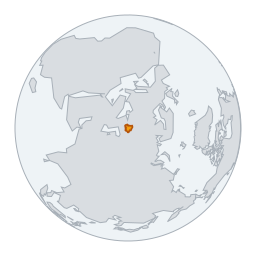 globe centered on Volgograd, rotated 117°
{"feature_id": "RUS-2369", "entity_name": "Volgograd", "entity_type": "Region", "adm_level": 1, "iso_a3": "RUS", "parent_name": "Russia", "parent_adm1": "", "projection": "orthographic", "projection_center": [44.238, 49.343], "detail": "fine", "context": "on_globe", "style": "filled", "palette": "amber", "viewbox_px": 256, "rotation_deg": 117, "n_neighbors": 0, "source": "natural_earth", "source_scale": "10m", "svg_char_len": 12087}
<svg xmlns="http://www.w3.org/2000/svg" viewBox="0 0 256 256"><g transform="rotate(117 128 128)"><circle cx="128" cy="128" r="113" fill="#eef3f6" stroke="#a8b0b8"/><path d="M110.8,16.7L111.1,16.6L113.6,17.4L110.5,17.6L111.5,18.0L115.4,17.8L117.7,17.7L126.3,20.6L138.8,23.1L143.9,22.9L141.9,24.0L152.3,23.1L159.8,24.8L150.6,23.6L149.1,24.0L153.9,25.4L153.4,26.3L155.4,27.5L154.4,28.5L149.1,27.9L148.3,28.6L151.7,29.6L152.8,31.4L147.9,29.8L149.4,32.8L140.8,32.9L128.5,28.8L123.0,30.5L108.4,30.9L109.0,32.1L103.9,33.3L102.6,35.1L100.3,34.9L101.3,36.6L103.7,36.5L105.0,37.2L104.5,38.4L101.4,38.2L101.2,37.6L100.0,38.2L98.7,37.6L99.0,38.6L95.4,38.4L98.2,40.3L94.6,41.6L92.4,41.0L93.7,38.8L91.7,32.8L89.8,31.9L85.9,32.7L76.3,38.7L73.8,38.9L69.6,40.7L70.5,41.6L74.0,40.4L74.6,42.7L78.9,41.3L79.8,42.1L83.8,41.8L82.0,44.3L78.1,47.1L74.7,47.5L72.9,48.8L75.2,50.6L68.0,53.8L61.7,60.3L59.9,61.0L58.2,58.1L60.6,52.3L58.3,49.5L58.6,54.0L54.2,56.0L53.0,57.6L52.5,59.2L53.7,59.5L52.0,60.9L51.1,56.7L52.7,55.3L52.9,56.6L54.0,54.0L53.4,51.6L51.2,53.1L52.5,48.6L51.0,49.6L50.5,49.4L52.8,47.9L48.6,50.6L49.8,47.3L44.9,52.0L45.9,50.8L51.0,45.8L54.3,42.9L56.6,40.9L63.4,35.7L70.6,31.1L78.2,27.0L86.0,23.5L94.1,20.6L102.3,18.3L110.8,16.7ZM15.6,134.9L16.1,140.3L17.8,150.5L18.7,155.1L16.7,145.0L15.6,134.9ZM42.6,54.6L43.9,53.1L42.8,54.4L42.6,54.6ZM118.8,17.6L115.5,17.8L112.2,17.7L115.0,17.4L118.8,17.6ZM125.1,18.4L123.4,18.6L122.5,17.8L123.7,17.9L125.1,18.4ZM147.6,22.6L145.0,22.1L147.7,22.4L147.6,22.6ZM155.8,27.6L156.7,27.5L157.4,28.2L155.8,27.6ZM84.5,40.4L84.1,41.1L83.6,40.8L84.5,40.4ZM86.6,39.7L86.2,38.9L87.1,38.5L87.3,39.0L86.6,39.7ZM156.4,30.3L157.2,31.6L155.5,30.2L156.4,30.3ZM86.8,40.9L88.8,37.8L90.4,37.1L92.6,38.5L86.8,40.9ZM157.1,32.3L159.1,35.6L161.2,35.6L156.2,37.5L156.2,34.0L153.7,32.2L156.0,32.8L157.1,32.3ZM104.7,36.0L102.1,36.1L104.7,35.0L104.7,36.0ZM106.0,35.1L112.3,30.8L115.8,31.3L113.0,32.5L118.0,32.4L116.6,34.7L113.6,35.3L111.6,34.5L112.6,36.0L106.0,35.1ZM153.1,38.2L152.8,39.0L152.1,38.0L153.1,38.2ZM105.7,37.5L106.6,36.5L109.8,36.8L108.4,38.8L107.8,38.0L105.7,37.5ZM119.9,31.4L122.0,32.1L121.5,34.1L122.3,34.6L116.9,34.8L119.9,31.4ZM106.9,38.6L107.7,39.8L105.8,40.8L105.0,38.4L106.9,38.6ZM111.1,36.1L112.5,36.3L111.3,36.8L111.1,36.1ZM99.3,45.1L100.4,43.8L102.1,43.8L99.3,45.1ZM108.1,40.3L108.8,40.0L109.6,39.9L109.7,40.9L108.1,40.3ZM116.9,36.3L116.3,37.1L119.1,36.3L118.8,37.9L115.3,37.8L116.7,38.5L116.6,39.0L113.9,38.4L116.9,36.3ZM112.2,41.7L107.7,42.3L105.3,44.7L103.7,44.7L107.8,40.9L112.2,41.7ZM113.4,39.8L112.3,41.0L110.9,40.3L110.8,39.1L113.4,39.8ZM119.9,39.1L121.2,36.6L122.0,36.8L119.9,39.1ZM111.8,42.5L113.0,42.3L111.8,42.7L111.8,42.5ZM117.8,40.2L118.1,39.3L118.9,39.5L117.8,40.2ZM114.9,42.8L113.4,43.0L113.3,42.2L114.9,42.8ZM116.4,41.7L117.5,42.2L114.1,41.8L116.5,41.3L116.4,41.7ZM118.5,40.5L119.1,40.3L118.2,40.9L118.5,40.5ZM116.2,46.0L112.0,45.7L111.7,43.8L115.9,44.3L116.2,46.0ZM35.3,166.7L31.9,148.3L34.9,145.3L36.4,138.8L57.8,129.5L61.3,133.9L77.0,139.3L78.8,141.2L75.8,146.1L86.7,157.8L91.5,154.4L102.4,161.1L110.5,162.3L115.3,152.1L102.2,149.9L101.0,144.1L112.4,141.2L124.1,143.2L124.0,141.1L117.6,135.5L121.2,131.9L115.5,133.3L117.1,135.7L113.5,136.8L111.8,134.6L113.2,133.3L109.9,131.8L104.4,138.7L105.4,141.9L96.3,141.2L97.2,146.7L94.4,148.3L91.9,139.8L92.9,137.1L87.4,126.5L85.6,129.2L90.6,139.5L88.6,138.1L86.1,142.2L86.4,138.1L81.4,126.5L73.9,124.9L62.6,131.4L58.5,129.7L55.9,125.0L61.7,115.0L70.1,120.0L72.3,116.8L72.0,110.0L74.6,112.2L75.5,110.2L78.8,111.8L84.9,108.9L88.5,110.0L92.3,104.1L94.7,103.9L91.8,107.4L91.7,110.6L100.7,113.5L102.9,112.7L104.6,108.6L106.9,110.1L107.4,105.9L113.3,105.6L106.5,102.5L108.4,98.1L112.7,95.5L112.1,93.5L105.1,97.8L103.4,100.1L103.9,102.9L98.2,109.0L94.7,109.1L96.1,100.8L91.4,100.2L94.5,94.3L111.5,85.8L117.9,85.0L125.6,92.9L123.3,95.5L119.4,93.9L121.8,99.5L122.2,97.1L124.1,98.4L126.3,94.8L127.8,95.6L127.4,90.9L129.5,91.5L129.6,94.4L134.7,90.0L139.3,90.3L139.7,88.9L138.9,87.4L145.3,89.0L145.3,87.9L143.3,86.9L142.0,84.3L142.3,80.3L144.4,81.0L144.6,82.6L148.4,87.1L148.6,91.4L149.5,91.3L149.8,87.8L145.3,82.2L144.8,79.6L147.3,81.9L146.4,80.9L146.9,79.8L149.4,79.6L146.8,77.0L148.8,65.4L153.9,64.0L155.9,67.2L159.6,60.7L165.0,60.1L163.1,59.2L163.6,55.7L161.9,55.8L161.0,55.1L161.5,46.9L163.3,45.8L161.4,41.7L160.4,41.2L158.9,41.8L156.2,37.5L161.2,35.6L163.2,36.6L165.0,34.9L169.3,37.6L173.7,39.3L177.3,43.5L180.5,44.6L180.8,43.9L185.3,45.0L193.5,50.3L185.4,49.3L172.9,43.0L177.8,45.8L176.3,46.2L177.8,47.9L181.3,49.9L182.0,49.4L185.4,59.0L193.0,67.3L193.6,63.6L196.4,63.5L205.6,70.8L214.0,88.7L217.9,89.8L219.8,92.1L220.1,96.1L217.3,92.7L215.4,93.8L213.8,91.5L213.4,97.1L211.0,94.0L211.8,100.1L214.2,101.3L215.5,97.3L217.2,104.2L221.6,105.0L224.9,109.7L226.6,124.4L224.2,132.9L224.6,134.8L222.3,135.3L221.3,141.4L227.4,146.0L227.9,148.6L225.3,158.1L224.9,156.4L218.7,157.6L219.1,164.6L223.8,165.1L225.5,169.1L222.5,170.8L220.6,167.4L218.4,167.7L217.9,162.0L214.0,155.9L210.9,160.6L210.1,157.1L204.2,153.2L199.1,159.5L191.8,174.3L192.5,183.1L189.2,188.6L181.0,179.4L177.9,171.3L174.5,173.5L166.3,168.0L151.1,171.1L149.3,168.8L146.3,170.5L140.6,168.6L138.0,164.6L134.4,165.2L141.5,175.5L145.4,174.9L149.2,170.2L150.4,173.9L156.0,176.3L148.6,186.4L126.6,195.3L125.0,188.6L111.4,167.8L112.2,165.5L112.1,165.3L112.0,164.8L110.1,168.4L108.0,164.0L114.6,179.1L115.4,185.0L126.2,195.7L125.1,196.7L128.7,198.7L141.2,195.7L141.1,197.8L134.9,207.7L118.1,218.8L120.7,225.5L120.2,230.2L110.6,232.2L112.3,235.1L107.5,235.2L107.8,236.4L104.4,236.9L98.4,236.2L87.3,232.8L85.9,231.9L79.3,227.9L69.9,218.0L71.9,215.2L70.6,211.4L62.7,199.0L64.4,194.4L62.4,191.0L58.3,189.4L56.2,185.1L53.7,183.6L39.2,174.6L35.3,166.7ZM49.3,137.7L48.4,139.6L49.3,137.7ZM135.7,150.7L143.1,150.7L140.9,143.8L143.5,143.4L141.8,141.3L140.7,143.4L136.6,137.6L140.1,135.3L139.8,132.2L137.3,132.1L131.4,137.2L137.2,145.4L135.1,148.4L135.7,150.7ZM28.5,75.2L27.4,77.5L28.2,75.7L28.5,75.2ZM30.2,72.1L29.4,73.5L29.6,73.2L30.2,72.1ZM40.8,56.7L40.8,56.8L40.8,56.7ZM41.9,55.5L42.1,55.2L42.9,54.3L41.9,55.5ZM54.3,56.3L54.3,56.7L53.5,58.3L53.2,57.8L54.3,56.3ZM54.1,65.1L51.3,67.2L53.1,65.2L52.1,64.6L54.6,60.0L59.2,61.2L56.7,61.4L54.1,65.1ZM59.2,54.5L57.1,57.1L59.3,54.2L59.2,54.5ZM77.4,98.0L78.0,100.1L76.1,102.0L71.5,101.2L74.3,98.4L77.4,98.0ZM79.4,102.8L82.0,95.1L85.0,95.5L82.9,96.6L84.5,97.6L81.6,99.6L81.9,107.7L80.1,110.0L72.7,106.8L76.1,106.5L75.3,104.3L79.4,102.8ZM83.5,76.8L84.7,74.1L89.5,78.4L87.9,80.5L83.3,79.7L82.5,76.7L83.5,76.8ZM90.4,44.1L90.5,43.2L91.4,43.1L92.0,43.9L90.4,44.1ZM99.7,44.5L90.7,48.4L90.4,47.5L85.5,51.2L82.8,50.2L86.0,47.8L80.3,50.0L82.1,47.4L78.3,49.2L85.9,43.9L87.3,41.8L86.8,44.5L89.2,45.4L90.7,45.2L96.0,43.1L100.3,39.3L103.5,39.9L104.5,41.2L104.0,42.2L102.1,41.5L102.7,43.3L99.6,43.1L99.7,44.5ZM115.1,59.8L113.2,58.1L113.8,62.6L110.7,62.0L111.0,62.6L108.3,63.3L105.5,65.3L104.2,64.7L103.7,65.7L101.9,66.3L100.7,67.6L98.0,67.0L96.4,68.5L96.1,67.4L93.9,70.3L94.3,67.8L92.1,68.5L92.9,70.5L81.5,64.9L76.4,64.8L71.9,66.2L73.2,62.1L78.2,58.4L84.8,55.6L89.5,56.5L89.2,54.6L91.4,54.5L90.7,56.0L93.1,53.6L94.7,54.0L100.5,52.2L103.0,48.8L105.2,48.2L105.0,49.7L107.3,48.0L108.5,50.5L110.1,50.1L112.9,52.4L111.7,55.7L113.5,55.0L115.7,56.8L115.1,59.8ZM116.9,46.7L116.2,50.5L114.1,52.2L110.1,47.7L108.5,47.7L105.9,45.1L109.0,42.8L109.4,43.8L110.6,44.1L109.2,44.7L111.2,44.5L111.9,45.9L113.6,46.1L112.9,47.3L116.9,46.7ZM81.5,139.9L83.0,140.8L85.5,141.5L84.0,144.1L81.5,139.9ZM77.9,132.1L79.4,132.3L78.5,136.2L76.9,135.4L77.9,132.1ZM80.9,129.2L79.5,132.0L79.4,130.0L80.9,129.2ZM93.2,107.5L94.8,107.5L94.7,108.6L93.5,109.7L93.2,107.5ZM116.3,73.9L115.5,72.5L116.2,72.1L116.7,68.6L119.1,68.8L119.7,71.1L116.3,73.9ZM112.6,153.6L109.9,155.4L108.9,154.2L110.0,153.8L112.6,153.6ZM95.9,150.1L99.4,152.4L95.5,150.9L95.9,150.1ZM118.9,73.6L118.9,72.1L120.1,73.2L118.9,73.6ZM120.8,68.9L122.4,69.8L119.4,68.5L120.8,68.9ZM139.8,229.2L133.1,236.3L127.6,236.5L126.2,234.7L128.4,230.5L134.6,229.0L137.5,226.6L139.8,229.2ZM235.2,162.4L235.9,160.3L235.8,160.7L235.2,162.4ZM234.5,163.7L235.5,161.1L234.1,164.9L234.5,163.7ZM235.9,160.1L236.9,156.7L237.3,155.0L237.1,155.9L235.9,160.1ZM233.7,165.6L228.3,175.0L225.9,177.7L226.8,175.7L230.7,170.1L233.7,165.6ZM226.5,175.9L222.5,177.9L215.2,174.5L217.9,172.2L225.2,171.1L224.7,172.7L227.2,172.1L226.5,175.9ZM235.3,155.8L234.8,159.6L232.1,164.6L230.8,166.5L229.8,164.0L230.4,160.9L231.6,159.1L234.9,144.1L236.3,143.2L235.6,148.7L236.7,149.3L235.3,155.8ZM193.1,183.7L196.0,187.2L194.0,189.0L193.1,183.7ZM235.2,135.7L234.5,142.1L234.8,134.8L235.2,135.7ZM234.7,129.7L235.3,131.2L234.3,130.9L234.7,129.7ZM225.6,137.3L224.3,139.7L223.8,138.5L225.1,134.7L225.6,137.3ZM227.3,113.7L229.2,117.4L229.6,119.0L228.1,117.8L227.3,113.7ZM138.9,75.3L135.5,79.7L134.6,83.4L136.6,86.2L132.4,84.4L133.7,78.7L138.9,75.3ZM147.4,66.4L145.6,64.3L147.3,64.1L147.9,64.6L147.4,66.4ZM145.7,65.9L141.8,65.4L141.4,63.5L144.6,64.3L145.7,65.9ZM130.3,69.3L129.1,70.5L128.2,69.6L130.3,69.3ZM240.5,133.0L240.4,134.7L240.6,130.4L240.5,133.0ZM239.6,142.8L239.5,143.8L239.3,144.3L239.6,142.8ZM240.1,139.2L239.8,141.8L239.9,140.7L240.1,138.8L240.1,139.2ZM237.3,148.4L237.6,149.5L238.6,144.9L237.8,149.3L238.2,150.3L237.8,152.3L237.5,151.0L236.9,155.4L236.4,156.7L236.4,154.4L237.1,149.1L237.6,146.1L239.2,139.5L237.3,148.4ZM240.0,138.3L239.8,136.9L239.9,134.6L240.1,134.8L240.0,138.3ZM238.8,133.9L237.7,133.6L237.2,136.9L237.7,128.5L238.7,130.2L238.8,133.9ZM237.1,129.9L236.7,132.9L236.7,128.5L237.1,129.9ZM236.3,132.5L235.7,130.8L236.3,129.4L236.3,132.5ZM237.4,128.9L236.6,125.1L237.4,126.3L237.4,128.9ZM234.1,127.0L236.2,126.8L234.3,129.9L231.9,123.7L232.5,121.6L234.1,127.0ZM222.8,89.9L221.3,88.5L221.2,86.3L222.3,87.9L222.8,89.9ZM219.6,78.4L220.7,85.3L221.4,91.1L222.2,90.7L224.3,94.7L221.8,93.7L219.7,87.4L219.6,83.6L217.5,80.6L216.1,76.5L213.2,73.9L211.9,71.5L214.5,72.8L219.6,78.4ZM211.9,72.9L206.2,67.6L207.0,64.9L208.4,65.5L210.7,69.0L210.1,70.2L211.9,72.9ZM205.0,65.6L204.4,66.7L194.7,62.5L192.9,61.1L200.7,62.5L200.6,63.7L202.8,65.3L205.0,65.6ZM154.0,39.2L152.9,39.0L153.8,38.6L154.0,39.2ZM160.1,55.3L159.0,54.3L160.1,53.7L160.1,55.3ZM156.7,51.2L156.2,52.6L155.8,50.8L156.7,51.2ZM155.3,55.6L155.6,52.9L156.6,56.0L155.3,55.6Z" fill="#d9dde1" stroke="#a8b0b8" stroke-width="1"/><path d="M132.0,125.9L132.0,126.0L131.9,126.0L131.8,126.3L131.9,126.5L131.7,126.7L131.4,126.9L131.4,127.0L131.2,128.0L131.3,128.0L131.5,128.1L131.6,128.3L131.5,128.5L131.4,128.7L131.2,128.8L131.1,129.3L130.9,129.1L130.7,129.0L130.4,128.9L130.2,129.0L130.0,129.3L129.9,129.4L129.8,129.5L129.7,129.5L129.4,129.6L129.5,129.7L129.4,129.8L129.3,129.7L129.2,129.7L129.2,129.8L129.0,130.0L129.2,130.3L129.3,130.3L129.2,130.4L128.9,130.2L128.9,130.3L128.8,130.5L128.7,130.5L128.4,130.5L128.4,130.4L128.4,130.2L128.2,130.2L128.1,130.5L128.3,130.5L128.2,130.8L127.8,130.8L127.7,130.9L127.7,131.0L127.3,131.2L127.3,131.3L127.2,131.4L127.2,131.5L127.3,131.7L127.2,131.7L126.7,131.7L126.4,131.5L126.2,131.4L126.1,131.1L126.0,130.9L125.8,130.7L125.7,130.6L125.4,130.6L125.2,130.5L125.1,130.4L125.2,130.2L125.3,130.1L125.2,129.9L125.3,129.7L125.6,129.6L125.8,129.6L126.0,129.5L126.0,129.4L125.9,129.3L125.9,129.2L126.0,129.2L126.0,128.9L126.0,128.7L125.7,128.6L125.6,128.4L125.3,128.4L125.2,128.4L125.2,128.2L125.2,127.9L125.2,127.7L125.3,127.6L125.3,127.4L125.3,127.2L125.2,127.0L125.0,126.9L124.7,126.7L124.4,126.2L124.6,125.9L124.5,125.7L124.5,125.4L124.4,125.3L124.4,125.2L124.2,125.1L124.4,125.0L124.5,125.0L124.5,124.9L124.8,124.7L125.0,124.6L125.0,124.4L125.3,124.3L125.6,124.4L125.9,124.4L126.0,124.4L126.3,124.3L126.6,124.5L126.9,124.7L127.0,124.7L127.3,124.6L127.5,124.5L127.6,124.4L127.7,124.5L127.8,124.5L128.0,124.4L128.3,124.3L128.4,124.5L128.5,124.5L128.5,124.4L128.8,124.4L128.8,124.5L129.0,124.5L129.2,124.8L129.3,124.9L129.3,125.0L129.2,125.3L129.3,125.4L129.2,125.4L129.2,125.5L129.4,125.5L129.5,125.5L129.8,125.5L129.8,125.4L129.8,125.2L130.0,125.2L130.2,125.3L130.3,125.4L130.3,125.6L130.5,125.6L130.8,125.6L130.8,125.4L131.0,125.3L131.2,125.5L131.3,125.5L131.5,125.7L131.7,125.8L131.8,125.8L132.0,125.9Z" fill="#f59e0b" stroke="#b45309" stroke-width="1.5"/></g></svg>